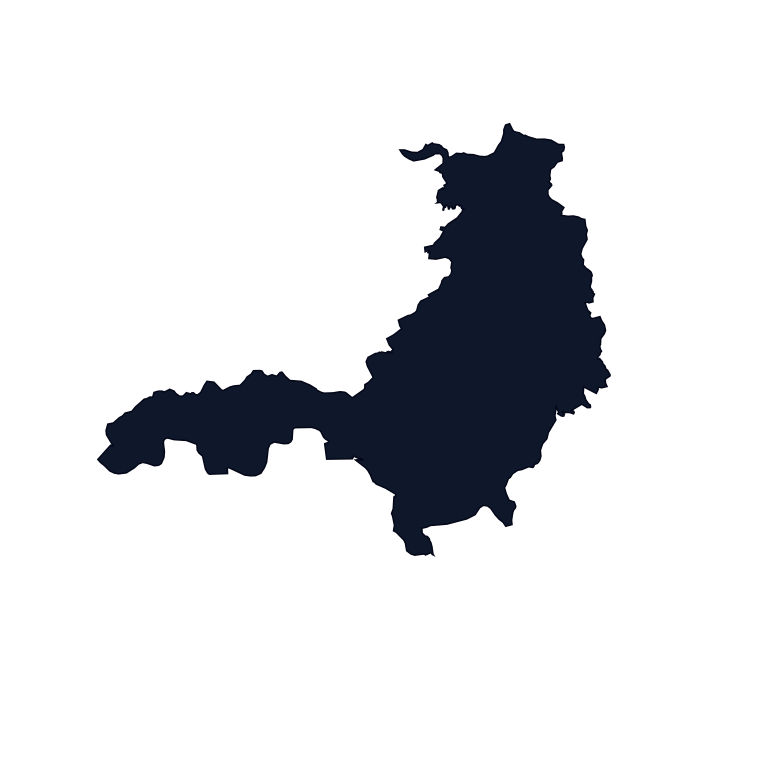 the district of VAD, Cluj, Romania, rotated 147°
{"feature_id": "2599482B24350957345977", "entity_name": "VAD", "entity_type": "district", "adm_level": 2, "iso_a3": "ROU", "parent_name": "Romania", "parent_adm1": "Cluj", "projection": "mercator", "projection_center": [23.717, 47.202], "detail": "fine", "context": "isolated", "style": "filled", "palette": "ink", "viewbox_px": 768, "rotation_deg": 147, "n_neighbors": 0, "source": "geoboundaries", "source_scale": "gbopen_adm2", "svg_char_len": 6171}
<svg xmlns="http://www.w3.org/2000/svg" viewBox="0 0 768 768"><g transform="rotate(147 384 384)"><path d="M278.0,464.8L272.4,460.4L263.5,457.0L261.0,453.6L260.6,449.4L264.5,445.0L265.3,442.2L268.1,439.6L271.5,438.6L275.1,440.2L276.4,440.0L279.0,439.1L281.2,437.0L287.6,433.0L287.8,433.8L298.2,434.6L298.2,432.1L308.0,433.5L312.2,431.7L316.8,427.5L318.9,427.0L323.9,427.2L326.6,428.3L337.2,429.7L339.1,423.9L339.1,420.8L349.2,419.9L357.0,420.5L358.3,413.9L357.6,407.9L360.1,407.4L360.5,406.0L362.3,408.7L363.1,408.3L363.7,409.4L364.9,408.5L368.7,412.2L369.4,412.0L370.8,413.3L372.1,413.1L374.7,414.3L382.9,415.0L386.8,412.4L388.2,407.8L389.4,395.4L396.1,393.8L400.4,393.9L402.2,391.2L403.8,390.2L418.2,389.7L420.8,397.6L421.9,398.9L425.2,401.5L431.9,404.5L439.2,408.9L441.3,411.3L443.6,415.3L443.6,416.9L446.7,423.4L452.0,431.3L461.0,438.2L462.6,444.4L463.1,449.5L464.9,450.3L469.7,448.9L472.9,452.8L477.5,453.8L479.3,457.6L479.3,461.4L481.1,463.1L486.3,466.3L490.0,464.6L495.0,464.5L498.8,462.7L505.4,461.2L510.9,464.1L514.7,465.3L522.5,466.1L523.6,467.6L525.6,478.1L531.0,482.7L535.4,480.8L542.3,476.7L546.4,476.4L547.9,477.8L548.6,480.5L550.2,481.3L551.3,480.7L554.5,484.4L559.0,483.3L562.1,485.1L563.8,489.7L563.9,492.3L566.6,496.3L572.2,496.8L574.6,499.3L577.4,501.0L581.5,502.2L585.2,498.9L587.4,500.6L591.0,500.9L593.3,501.9L605.0,500.1L610.5,498.4L616.9,500.6L620.7,499.6L624.3,499.9L632.2,498.7L637.5,500.8L642.4,496.4L644.4,492.5L644.9,479.7L645.9,480.0L646.6,481.6L665.1,476.6L664.5,472.6L662.9,467.8L661.3,460.4L658.7,456.2L655.5,453.2L648.5,449.8L639.0,449.7L633.5,450.6L629.1,449.7L625.9,446.6L621.0,440.4L617.2,438.6L614.1,438.6L608.6,442.2L605.0,446.8L601.3,454.4L599.7,456.5L597.3,457.3L594.9,456.6L590.4,451.7L580.6,444.4L573.8,435.3L576.7,430.2L576.8,426.7L575.4,422.4L580.1,409.8L580.3,405.5L579.6,403.5L564.0,394.1L561.5,398.3L560.1,399.0L550.5,383.6L546.0,379.7L541.6,377.1L535.9,376.2L529.9,378.9L525.0,382.4L516.3,393.0L512.4,395.6L507.6,395.1L500.6,388.5L496.7,386.3L493.8,386.3L491.2,387.6L485.6,395.2L483.9,396.1L481.9,395.5L468.6,387.2L465.9,384.4L463.3,380.3L462.9,378.4L463.6,372.3L463.1,369.8L461.6,366.7L462.1,365.3L466.3,366.2L473.0,352.2L451.4,338.6L450.8,339.6L450.3,339.0L448.7,340.1L446.1,335.8L442.8,332.6L443.2,331.6L447.4,334.8L449.3,335.8L445.1,323.9L444.6,320.3L444.9,315.3L446.3,308.0L445.2,306.6L445.3,305.1L444.7,303.8L439.4,295.8L434.1,285.0L435.8,283.4L436.6,284.1L437.3,283.7L444.2,274.3L448.2,271.3L448.8,268.4L452.2,259.8L456.0,255.7L454.5,253.0L452.3,242.3L452.8,238.7L455.8,231.8L454.0,226.8L451.5,223.7L443.7,220.0L442.7,219.2L442.3,218.0L436.5,217.0L436.4,214.9L435.6,213.5L435.5,214.8L432.3,221.7L431.0,225.8L431.1,227.7L430.3,229.4L430.7,232.5L432.3,234.0L433.2,238.1L430.8,242.4L426.2,240.7L422.2,240.1L407.5,232.2L388.1,225.8L378.7,224.8L371.2,228.1L366.8,228.1L363.7,225.5L362.2,221.7L362.0,213.5L361.1,208.0L359.4,203.0L359.4,198.4L353.2,196.4L351.1,200.4L346.5,205.6L344.3,207.5L341.1,208.6L340.0,209.9L339.0,214.1L342.2,218.2L342.3,219.0L341.3,225.2L339.4,231.5L336.9,232.7L331.4,236.8L328.9,236.9L325.0,238.7L318.9,238.8L315.1,237.2L307.7,235.8L304.6,232.9L303.4,233.2L301.7,234.6L298.6,233.9L296.9,234.3L294.7,235.3L291.7,238.0L289.0,243.2L283.7,247.4L277.2,249.4L272.6,253.8L259.5,260.2L258.0,264.3L252.0,270.9L252.9,265.1L254.5,264.5L252.7,260.7L251.5,259.6L250.8,259.2L248.9,260.5L249.9,262.8L249.2,264.0L247.5,261.5L243.8,258.9L241.3,255.7L240.1,256.4L239.7,257.8L241.0,259.8L229.1,259.3L226.4,253.4L223.9,251.9L223.3,252.2L222.4,254.2L223.2,255.7L223.4,260.8L222.3,264.5L222.1,267.5L218.1,272.8L211.1,260.5L207.9,262.3L205.8,264.6L203.6,262.3L198.3,260.4L197.7,264.1L196.2,267.0L194.9,267.6L190.3,267.6L189.4,268.4L189.0,273.8L189.7,275.6L188.9,279.0L189.4,281.6L188.8,283.6L189.3,288.0L190.8,288.1L191.0,288.7L189.8,290.2L186.5,291.3L185.9,292.2L183.7,293.0L183.6,295.2L182.5,298.2L180.9,299.3L177.5,304.0L171.8,306.2L169.0,308.3L167.0,313.5L167.0,318.7L166.2,322.9L173.0,325.1L174.5,326.4L174.4,329.2L171.9,331.1L172.9,334.9L171.2,342.7L168.3,341.4L168.0,340.4L163.9,339.1L162.2,342.4L158.5,344.8L159.2,346.2L158.3,347.6L158.8,349.1L158.3,349.7L158.6,351.5L158.0,353.5L154.0,357.2L151.8,360.7L150.5,361.3L149.7,363.3L149.4,365.3L150.6,369.4L151.3,370.1L152.1,375.5L148.9,379.5L149.2,382.1L148.3,385.8L144.0,389.8L134.9,394.7L132.8,399.5L129.8,402.1L128.9,406.6L125.9,412.6L128.4,415.1L130.0,418.1L133.7,421.8L138.3,424.4L143.5,428.9L141.8,430.4L141.4,431.8L137.0,434.0L139.8,441.3L143.1,447.4L143.7,451.2L143.2,453.8L140.9,457.5L135.2,459.2L134.7,460.5L135.6,463.5L132.7,465.5L131.5,468.5L128.2,472.5L126.7,473.5L123.3,473.5L117.9,475.7L112.9,474.3L111.6,476.0L109.2,481.6L106.3,481.9L103.9,484.2L102.9,487.0L107.2,489.9L111.0,497.4L116.1,502.0L122.7,506.1L128.4,512.8L130.1,515.7L131.4,516.0L133.6,520.8L137.4,524.8L137.7,527.1L136.9,533.9L141.0,535.0L144.9,532.1L147.1,528.8L153.5,523.4L157.7,521.9L165.5,517.8L172.8,518.6L175.6,519.7L179.7,522.8L184.2,527.7L189.4,531.4L191.3,534.4L193.5,534.9L197.6,538.0L203.8,537.9L206.3,538.9L206.3,539.7L204.4,543.3L204.0,546.3L206.1,549.8L206.3,552.4L207.5,554.7L212.0,558.7L212.2,559.9L217.5,560.2L218.4,562.1L223.7,559.3L229.9,559.9L234.7,563.4L239.3,569.1L243.2,571.6L243.2,567.1L242.6,564.0L240.3,559.1L237.6,555.0L227.3,550.7L218.1,549.1L215.9,549.4L211.3,546.5L211.2,544.9L210.7,544.3L211.4,540.9L214.4,536.7L224.4,535.7L221.6,532.0L221.9,530.8L220.2,529.0L221.8,525.7L221.8,517.8L225.4,517.9L225.2,517.2L227.9,514.9L228.1,516.5L232.9,516.6L238.1,511.7L238.7,509.5L240.1,507.2L241.0,507.1L238.1,505.7L237.4,504.8L237.3,500.3L239.8,498.0L239.4,497.4L237.1,499.3L236.2,498.8L235.7,499.9L234.8,499.5L234.1,500.0L233.6,498.2L234.6,495.6L233.8,495.3L232.4,496.6L231.4,496.2L230.6,495.6L231.1,494.9L230.5,494.3L231.0,493.5L229.5,492.7L229.1,493.5L228.3,493.0L227.3,494.6L225.1,494.6L224.3,494.0L223.9,492.2L222.7,492.3L222.2,490.8L223.0,490.5L223.2,489.0L221.6,487.7L223.6,487.1L224.3,486.0L232.2,483.4L242.7,483.3L247.5,482.0L250.7,484.7L252.7,482.9L250.7,480.0L251.4,479.3L257.5,476.0L265.1,474.6L266.7,473.3L275.4,476.5L277.5,472.4L273.0,471.6L273.6,470.5L276.2,470.3L274.1,469.6L278.0,464.8Z" fill="#0f172a" stroke="#020617" stroke-width="1.5"/></g></svg>